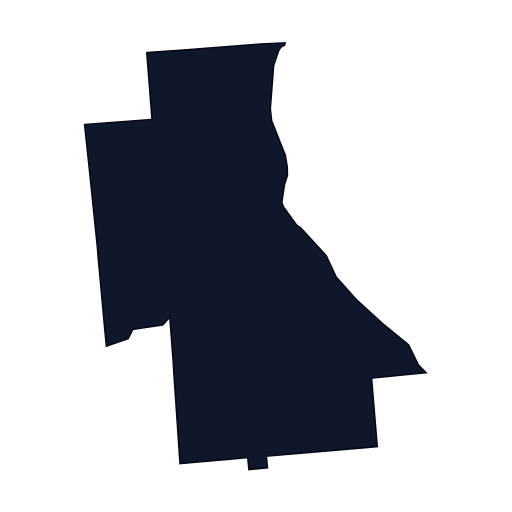 Cuyahoga, Ohio, United States of America, rotated 85°
{"feature_id": "52423323B65833811425835", "entity_name": "Cuyahoga", "entity_type": "district", "adm_level": 2, "iso_a3": "USA", "parent_name": "United States of America", "parent_adm1": "Ohio", "projection": "natural_earth1", "projection_center": [-81.685, 41.453], "detail": "fine", "context": "isolated", "style": "filled", "palette": "ink", "viewbox_px": 512, "rotation_deg": 85, "n_neighbors": 0, "source": "geoboundaries", "source_scale": "gbopen_adm2", "svg_char_len": 845}
<svg xmlns="http://www.w3.org/2000/svg" viewBox="0 0 512 512"><g transform="rotate(85 256 256)"><path d="M247.5,413.4L257.8,413.3L314.8,413.1L332.8,412.9L327.2,390.6L318.4,385.1L316.5,354.8L309.4,347.2L353.2,347.7L366.6,348.1L414.5,349.0L456.2,349.8L456.1,281.8L468.2,281.7L468.0,263.0L456.3,263.1L456.5,151.8L387.7,151.5L387.5,135.2L387.1,96.7L378.7,103.7L357.9,111.7L343.5,126.4L334.3,135.8L308.1,159.9L284.0,177.9L272.5,182.1L261.8,186.0L232.0,208.9L229.6,211.9L229.1,212.6L209.3,224.4L205.0,225.6L188.1,221.6L187.9,221.6L178.3,217.6L169.9,217.1L169.7,217.1L158.1,218.0L139.9,223.5L124.7,228.0L122.9,228.6L110.7,228.9L67.7,221.8L53.0,215.3L50.1,212.9L48.5,209.2L46.2,208.4L45.2,233.8L44.4,315.4L43.8,347.1L110.9,347.7L110.1,415.3L137.8,414.8L160.0,414.4L233.2,413.3L247.5,413.4Z" fill="#0f172a" stroke="#020617" stroke-width="1.5"/></g></svg>